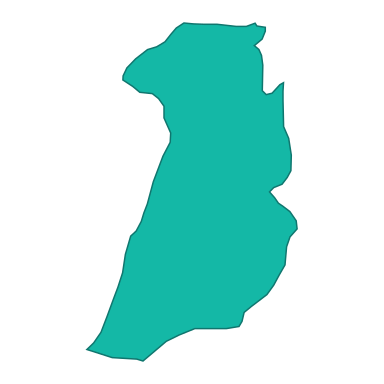 Bollnäs, Gävleborg, Sweden (Albers equal-area conic projection)
{"feature_id": "70781695B36702634985897", "entity_name": "Bollnäs", "entity_type": "district", "adm_level": 2, "iso_a3": "SWE", "parent_name": "Sweden", "parent_adm1": "Gävleborg", "projection": "albers", "projection_center": [16.411, 61.335], "detail": "fine", "context": "isolated", "style": "filled", "palette": "teal", "viewbox_px": 384, "rotation_deg": 0, "n_neighbors": 0, "source": "geoboundaries", "source_scale": "gbopen_adm2", "svg_char_len": 1162}
<svg xmlns="http://www.w3.org/2000/svg" viewBox="0 0 384 384"><path d="M255.1,23.2L246.4,26.4L236.0,26.4L217.2,24.3L204.3,24.3L193.4,23.9L183.9,23.0L176.3,28.0L170.9,34.3L165.0,41.8L156.7,46.8L147.5,49.6L135.7,58.8L126.9,67.9L123.1,75.9L122.9,80.0L123.1,80.1L132.7,86.4L139.8,92.3L152.3,93.6L158.6,98.6L164.0,106.2L164.0,117.9L170.7,133.0L170.2,142.3L163.0,156.1L153.3,181.8L147.3,204.1L143.9,212.9L141.3,221.4L136.2,231.0L130.7,236.1L125.4,254.3L122.6,272.8L117.9,287.3L113.9,297.9L107.1,316.4L101.0,332.3L93.7,342.9L86.9,349.5L112.2,357.6L136.8,359.1L143.0,361.0L166.3,341.3L179.1,335.0L194.8,328.6L209.3,328.6L226.3,328.6L239.0,326.5L242.0,321.4L244.1,312.5L244.5,312.1L251.3,306.5L266.9,294.6L273.7,285.2L279.2,275.0L285.0,264.9L286.6,246.7L290.0,236.9L297.1,228.9L296.2,220.8L289.9,211.6L282.7,206.1L278.4,203.2L274.6,197.7L269.5,191.9L273.7,187.6L282.1,184.2L287.2,177.5L290.9,170.7L291.3,155.2L288.7,138.4L283.6,126.6L283.0,100.6L283.0,91.0L283.5,82.7L279.9,84.7L272.1,93.2L266.2,94.6L262.3,90.7L262.8,65.2L261.5,55.4L258.9,49.5L254.3,45.6L262.1,39.1L265.3,31.2L265.3,27.3L256.9,26.0L255.1,23.2Z" fill="#14b8a6" stroke="#0f766e" stroke-width="1.5"/></svg>